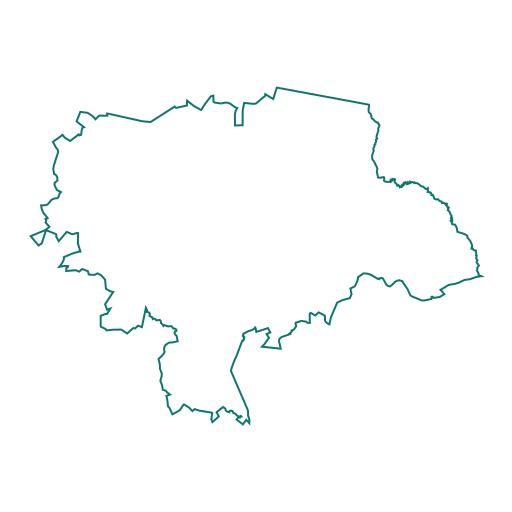 the district of Galeras, Sucre, Colombia
{"feature_id": "7082276B66426156140474", "entity_name": "Galeras", "entity_type": "district", "adm_level": 2, "iso_a3": "COL", "parent_name": "Colombia", "parent_adm1": "Sucre", "projection": "mercator", "projection_center": [-74.96, 9.119], "detail": "fine", "context": "isolated", "style": "outline", "palette": "teal", "viewbox_px": 512, "rotation_deg": 0, "n_neighbors": 0, "source": "geoboundaries", "source_scale": "gbopen_adm2", "svg_char_len": 6038}
<svg xmlns="http://www.w3.org/2000/svg" viewBox="0 0 512 512"><path d="M369.0,104.7L276.8,87.6L273.2,99.0L265.3,94.2L265.2,95.8L256.0,103.5L253.5,103.9L244.2,102.9L242.7,110.1L242.6,125.2L235.0,125.5L234.9,114.2L235.6,111.1L237.2,108.0L235.3,107.4L230.1,103.6L227.9,102.8L225.2,102.6L221.1,103.5L214.4,102.5L213.5,101.7L213.3,95.6L210.9,96.3L205.3,103.6L201.1,110.0L193.9,106.0L187.1,100.7L186.9,105.5L176.0,107.9L174.7,106.6L150.6,122.0L142.5,121.3L108.0,113.6L107.1,113.6L107.3,115.7L99.2,115.6L95.4,119.3L94.2,117.7L92.2,115.8L87.6,112.8L80.3,111.9L76.6,121.4L83.9,127.2L82.6,127.6L81.7,130.2L81.1,134.8L79.2,135.4L78.7,134.4L70.1,141.0L64.6,137.5L62.6,134.9L52.9,141.9L56.1,147.7L57.6,149.5L58.2,151.9L53.8,165.7L53.3,169.1L54.1,174.0L55.8,174.9L57.3,177.2L57.4,180.7L54.6,182.8L54.6,185.4L56.9,190.0L61.0,192.1L59.6,193.4L58.5,196.9L57.6,198.1L54.1,198.6L51.4,199.9L48.1,204.0L46.1,205.1L41.1,205.4L41.6,208.5L43.3,212.7L47.6,218.1L45.5,218.9L46.3,220.1L45.6,222.5L49.4,226.8L45.7,229.9L30.7,236.2L38.6,245.5L41.8,243.3L45.8,230.8L47.4,230.7L56.0,234.1L56.5,235.2L56.2,236.6L58.7,241.2L66.7,231.9L71.9,234.1L73.0,234.1L77.3,232.9L78.1,233.1L77.9,243.5L80.4,251.6L78.5,251.7L72.2,253.6L63.8,257.2L64.0,258.6L63.5,260.4L61.0,264.9L59.3,266.8L64.5,266.0L68.1,266.1L67.8,267.0L66.3,268.2L66.2,271.0L75.6,270.2L79.2,271.6L82.1,269.0L82.8,269.2L87.9,271.2L88.8,274.5L93.6,274.9L95.1,274.7L97.5,273.4L100.9,275.1L105.1,279.6L105.9,288.7L109.8,291.1L113.2,292.0L105.1,304.2L107.0,309.7L110.3,308.6L107.0,314.0L105.1,314.1L100.7,315.8L100.7,326.6L105.5,329.0L106.7,330.4L113.1,329.7L121.3,329.6L127.1,333.5L133.4,328.0L135.0,328.5L138.1,325.7L141.9,327.1L145.9,307.8L146.9,309.8L147.1,312.1L148.7,312.3L149.9,313.7L149.5,316.0L152.1,317.2L152.8,319.1L154.0,318.5L155.1,318.9L156.1,320.2L158.5,320.2L159.7,319.8L160.8,321.1L161.0,323.0L163.0,324.9L163.5,326.0L164.6,325.2L168.2,326.4L171.0,326.1L172.1,326.8L173.1,328.4L175.2,328.7L176.3,329.6L176.4,330.9L175.0,331.4L174.5,332.9L175.2,334.4L176.6,335.9L177.7,341.2L172.9,342.4L169.4,342.5L166.4,344.3L165.1,345.6L164.2,347.6L164.1,349.9L164.6,351.7L163.9,353.4L161.8,355.9L158.5,359.0L159.8,364.1L160.0,368.8L161.8,373.7L161.7,376.1L160.4,380.6L160.7,381.8L161.9,384.7L162.8,389.7L165.7,390.7L166.9,392.2L170.0,394.6L166.4,395.9L167.3,399.8L168.0,406.4L169.5,408.0L172.4,414.3L177.6,411.6L180.2,409.7L183.6,404.5L184.2,404.5L189.1,407.6L192.4,411.1L194.6,409.1L199.2,410.6L211.9,412.7L212.2,412.9L212.1,414.3L211.3,419.1L212.4,422.1L218.8,416.4L216.6,412.2L222.9,407.1L223.1,407.6L224.0,407.6L225.3,408.6L225.8,410.5L226.7,411.4L229.3,412.3L229.8,410.9L231.3,410.6L232.4,411.0L233.5,413.2L234.9,413.5L237.5,415.9L239.4,416.7L240.8,415.9L241.2,416.4L240.8,416.4L239.9,417.6L238.3,417.4L236.6,419.6L242.9,424.4L246.3,419.8L249.3,423.1L249.4,419.4L248.1,415.7L247.9,410.5L247.1,408.4L231.0,371.1L231.5,368.4L234.0,361.4L236.7,355.5L241.6,342.4L242.6,340.4L243.3,340.6L243.9,339.5L243.9,338.4L244.2,337.8L243.8,337.5L244.2,336.9L242.8,335.9L243.6,334.1L242.7,334.2L248.0,331.3L252.1,330.0L254.2,328.8L255.1,327.5L255.7,328.3L256.3,331.9L268.0,328.1L270.3,332.4L266.5,334.1L269.0,337.8L264.5,344.1L262.0,346.7L280.7,348.7L279.2,342.0L279.1,339.7L279.6,338.7L281.7,337.0L290.1,334.1L289.5,333.5L291.8,331.6L291.6,330.5L293.6,329.8L296.2,326.3L295.5,323.2L296.2,322.4L297.4,322.4L300.2,321.2L302.0,321.0L305.9,321.6L307.5,322.8L309.8,322.9L309.7,313.9L310.7,312.9L315.3,315.5L318.6,312.4L322.4,314.3L324.9,315.8L325.1,320.9L325.6,321.8L327.5,323.4L329.4,324.3L330.9,317.4L337.2,302.6L342.5,300.1L349.9,298.1L351.5,294.2L350.4,288.5L354.9,286.3L357.0,281.7L357.9,279.2L358.0,277.2L363.6,273.3L368.2,273.8L371.5,275.1L377.6,278.8L379.0,279.1L378.9,278.5L381.9,277.9L383.2,278.9L386.3,284.6L388.1,286.0L389.8,286.4L391.7,285.2L394.9,282.0L396.7,280.9L399.3,280.2L402.6,281.3L402.9,282.4L407.4,288.9L410.4,295.4L411.7,296.3L421.9,300.5L424.6,300.4L431.5,299.0L431.6,296.8L432.7,296.8L433.8,297.9L439.8,297.0L444.4,294.1L440.5,289.9L448.7,284.9L454.9,283.9L458.4,282.8L464.7,279.9L469.9,279.2L476.8,276.8L481.3,276.2L478.6,275.0L478.4,273.0L477.1,271.1L477.4,267.5L478.9,265.6L476.7,262.4L476.8,261.5L477.5,260.2L476.1,258.3L476.7,255.7L476.1,255.3L476.4,254.1L475.9,252.1L476.0,250.7L473.6,250.0L472.6,248.3L471.5,248.6L471.6,247.2L472.2,246.3L472.0,245.0L470.5,241.4L467.5,237.5L467.2,235.7L464.4,234.0L457.4,231.8L456.7,227.6L455.1,224.7L452.2,224.2L451.7,222.9L452.3,221.3L451.0,221.2L450.6,220.7L452.2,219.2L452.1,218.7L451.2,218.7L450.9,218.3L451.0,217.6L451.8,217.3L451.4,215.5L450.0,213.5L449.8,212.1L447.8,210.2L448.4,209.0L447.9,208.2L448.7,207.6L448.3,207.0L447.3,206.7L447.1,206.0L446.2,205.3L447.0,203.8L446.8,203.6L445.1,203.9L444.6,203.2L443.5,202.8L442.1,203.1L441.8,201.8L439.1,200.6L438.0,199.2L435.7,199.4L434.4,198.7L433.1,195.2L431.4,195.1L431.5,193.8L430.6,192.5L429.7,192.7L429.2,192.1L427.6,191.9L428.0,190.2L427.8,188.2L426.8,189.0L425.2,188.6L423.4,186.7L421.1,186.3L419.4,184.6L417.0,183.1L416.0,183.2L414.6,182.4L414.1,183.0L412.3,181.9L410.9,182.3L410.5,182.0L410.6,182.9L409.8,183.3L408.6,182.4L407.8,183.1L407.9,184.0L407.2,184.2L407.0,182.7L406.3,183.4L405.6,182.8L404.8,183.7L405.0,182.4L403.8,182.8L403.9,183.6L402.4,184.6L403.0,185.3L402.5,186.0L401.3,186.2L401.6,186.8L399.9,187.3L400.0,186.3L399.4,185.8L398.4,185.9L398.2,185.1L397.2,185.5L396.9,184.4L395.0,182.5L394.6,181.7L394.7,180.4L395.2,179.7L395.0,179.3L392.5,178.9L392.6,180.2L391.9,180.5L391.0,180.0L391.3,181.5L390.9,181.8L390.4,180.9L389.9,181.9L386.3,181.8L384.6,181.3L384.1,180.7L384.2,177.6L383.8,177.1L379.7,177.8L378.1,177.5L376.8,171.7L377.4,168.7L376.1,165.4L375.6,165.1L375.2,163.7L373.4,160.5L372.7,159.9L372.2,158.7L372.1,155.6L373.7,150.7L373.3,148.5L374.5,146.4L374.3,145.1L375.4,144.2L375.3,142.9L376.2,141.6L375.8,139.8L377.2,138.7L376.5,137.5L376.8,135.3L378.4,130.7L378.1,128.8L379.5,125.3L379.2,124.6L378.5,124.2L377.8,122.5L377.0,122.5L374.7,121.1L373.4,119.4L371.8,118.4L370.8,114.2L368.8,112.1L368.5,109.0L369.1,106.4L369.0,104.7Z" fill="none" stroke="#0f766e" stroke-width="2"/></svg>